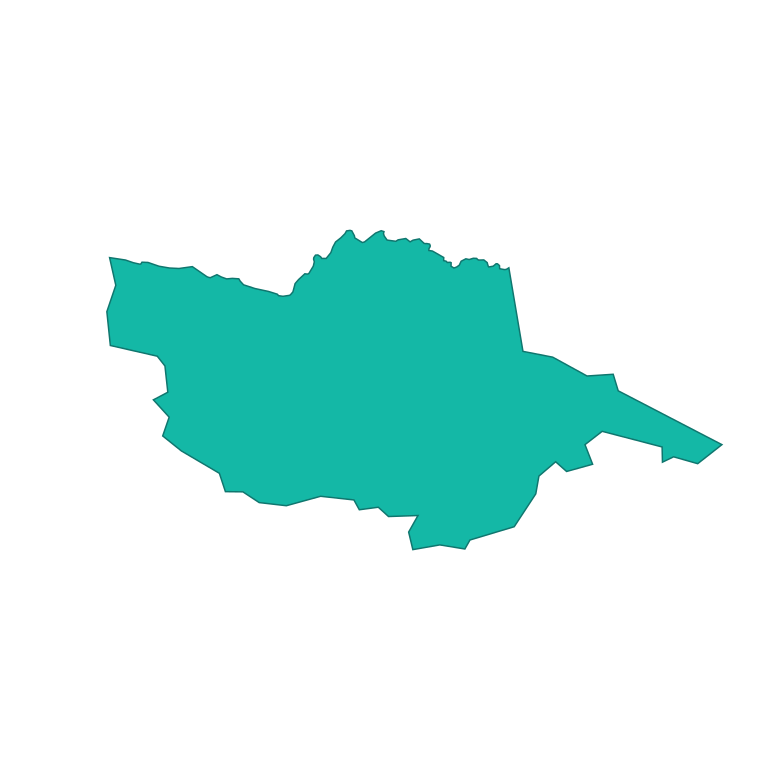 outline of Letcher, Kentucky, United States of America, rotated 224°
{"feature_id": "52423323B26336068765795", "entity_name": "Letcher", "entity_type": "district", "adm_level": 2, "iso_a3": "USA", "parent_name": "United States of America", "parent_adm1": "Kentucky", "projection": "albers", "projection_center": [-82.803, 37.114], "detail": "fine", "context": "isolated", "style": "filled", "palette": "teal", "viewbox_px": 768, "rotation_deg": 224, "n_neighbors": 0, "source": "geoboundaries", "source_scale": "gbopen_adm2", "svg_char_len": 2042}
<svg xmlns="http://www.w3.org/2000/svg" viewBox="0 0 768 768"><g transform="rotate(224 384 384)"><path d="M248.2,284.9L232.1,307.0L211.2,321.5L213.8,331.5L191.2,371.8L198.5,410.4L208.6,425.4L206.5,447.3L191.9,447.9L178.2,471.2L197.3,480.0L194.2,501.5L140.2,531.9L129.4,521.2L125.1,532.8L103.0,544.6L98.8,575.1L210.8,541.8L225.9,550.2L243.5,530.8L281.3,520.5L306.7,504.0L374.9,554.3L375.6,551.5L376.5,550.3L377.3,549.6L377.9,549.3L379.0,548.5L380.9,547.3L383.2,549.4L385.8,549.3L386.9,548.4L387.3,544.6L389.9,541.0L391.0,541.2L392.1,541.8L394.1,543.0L398.4,542.6L402.0,538.9L403.2,538.6L404.6,538.7L407.1,536.5L409.2,532.7L412.1,530.9L413.8,525.9L412.4,521.8L413.0,518.6L414.3,516.0L417.6,515.3L420.0,517.9L420.9,517.6L422.9,515.4L424.6,515.5L426.8,514.2L428.9,516.5L441.5,513.3L444.5,511.2L445.7,512.6L446.2,514.8L447.1,515.8L448.4,516.3L450.9,514.7L451.3,514.1L452.6,513.2L452.8,513.0L459.4,512.9L463.0,507.7L464.0,504.4L469.4,503.8L474.0,497.5L474.6,494.9L481.7,489.7L486.6,490.6L488.8,491.8L489.9,493.6L492.5,492.3L494.9,486.7L496.7,472.6L497.9,470.7L506.5,468.8L508.3,470.1L513.6,471.8L514.7,471.1L515.1,471.0L517.3,468.1L516.5,465.0L516.6,459.2L517.5,452.5L515.9,446.9L513.5,441.6L512.8,434.2L516.0,431.1L518.0,431.5L521.2,430.9L522.8,429.1L522.3,426.2L521.4,424.9L519.0,423.5L516.7,419.6L514.8,411.2L515.4,409.9L517.5,408.3L518.0,399.8L517.7,394.5L513.5,387.0L513.3,383.2L513.6,382.1L517.6,376.9L521.2,374.3L523.1,374.5L531.3,370.4L543.2,363.0L553.9,357.8L558.9,358.1L561.5,358.8L566.5,354.6L570.2,350.3L575.3,348.0L580.1,346.6L582.8,339.8L584.2,338.9L585.8,338.2L603.4,335.3L611.7,324.7L618.9,318.4L627.7,312.4L638.2,307.5L642.7,303.5L642.3,301.4L643.0,300.5L648.6,297.1L656.1,293.6L669.2,284.3L645.5,268.7L633.6,243.5L607.6,221.6L566.4,246.5L554.1,244.8L533.8,227.9L538.9,212.4L515.5,210.9L507.1,192.9L483.2,195.1L440.4,205.4L423.3,196.4L410.6,208.4L391.4,212.0L369.7,228.6L351.6,259.2L325.1,279.7L314.4,276.4L302.5,291.4L288.7,291.8L268.2,313.0L263.4,294.6L248.2,284.9Z" fill="#14b8a6" stroke="#0f766e" stroke-width="1.5"/></g></svg>